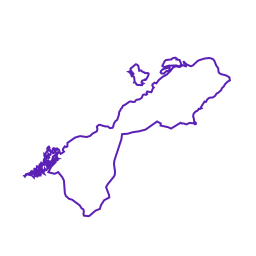 Ha Long, Quảng Ninh, Vietnam, rotated 140°
{"feature_id": "81297802B5641238333098", "entity_name": "Ha Long", "entity_type": "district", "adm_level": 2, "iso_a3": "VNM", "parent_name": "Vietnam", "parent_adm1": "Quảng Ninh", "projection": "mercator", "projection_center": [107.104, 20.974], "detail": "fine", "context": "isolated", "style": "outline", "palette": "violet", "viewbox_px": 256, "rotation_deg": 140, "n_neighbors": 0, "source": "geoboundaries", "source_scale": "gbopen_adm2", "svg_char_len": 5988}
<svg xmlns="http://www.w3.org/2000/svg" viewBox="0 0 256 256"><g transform="rotate(140 128 128)"><path d="M218.1,89.2L215.3,86.2L214.1,85.5L206.0,85.6L201.5,84.1L198.3,86.3L192.7,88.0L187.0,86.8L185.6,88.9L182.8,96.8L179.6,98.0L169.8,99.9L168.0,100.8L165.8,103.2L161.9,109.4L159.4,111.8L140.2,123.7L136.5,127.1L131.9,123.8L127.0,121.7L121.9,118.5L115.6,115.5L101.5,114.3L100.0,110.4L101.5,109.0L96.8,102.9L95.4,99.9L84.3,98.2L84.1,97.2L82.4,95.6L80.9,93.2L77.3,92.2L75.6,90.2L74.7,89.8L74.4,87.9L73.6,87.4L72.8,88.2L72.9,90.8L71.3,93.3L70.7,95.0L68.5,96.8L65.4,97.2L64.6,96.7L62.6,96.7L61.5,97.3L60.8,96.4L58.9,95.8L58.9,97.0L52.4,99.1L51.6,97.9L49.0,98.9L46.9,99.0L45.0,98.2L43.6,96.9L40.6,96.6L37.9,97.5L36.3,97.0L32.3,97.1L30.7,98.1L27.7,98.3L25.9,99.1L22.2,99.5L19.3,99.0L17.8,101.7L19.1,105.3L22.2,109.6L22.8,111.7L22.5,112.9L20.5,115.8L20.2,119.3L18.7,123.8L18.6,125.9L19.5,127.8L20.9,129.5L24.7,132.0L29.9,134.2L31.9,134.6L37.8,134.2L39.7,134.7L40.6,135.6L42.1,138.9L44.0,138.0L45.8,141.0L49.2,141.4L51.7,144.5L54.8,145.4L58.8,144.4L64.2,144.0L68.3,144.9L73.3,145.0L77.6,144.0L78.6,145.7L81.2,145.7L82.1,144.9L82.3,142.4L83.0,142.6L87.1,140.4L89.8,143.6L91.0,143.2L91.5,141.7L92.9,141.8L94.0,143.3L95.4,143.7L98.1,142.3L101.2,142.7L102.7,143.9L104.3,144.2L105.9,143.7L107.6,144.8L108.7,146.5L109.8,147.2L115.5,147.7L117.6,148.3L119.7,147.3L121.6,147.1L122.7,146.3L124.2,146.1L126.6,143.9L131.0,141.2L133.2,141.3L135.3,140.7L137.5,139.4L137.9,138.8L139.7,138.1L142.0,139.6L142.5,142.2L144.5,143.9L147.5,148.5L148.4,149.1L151.0,149.1L152.1,146.8L154.1,145.5L158.6,146.5L162.2,146.3L165.5,147.7L169.9,152.6L174.7,154.7L183.9,155.5L186.3,152.9L187.6,153.1L188.3,154.6L191.4,153.6L192.2,152.7L192.2,151.0L193.3,151.0L196.2,151.5L196.0,153.3L198.0,153.9L199.2,153.2L200.0,154.0L200.3,153.6L201.1,154.2L202.2,153.9L203.5,154.4L204.8,153.6L203.9,152.2L205.1,151.6L205.4,150.5L203.3,149.7L202.7,150.1L202.5,151.3L201.5,152.3L200.7,152.1L201.3,149.9L202.2,150.0L201.4,149.2L202.5,149.5L202.8,148.7L204.8,149.5L205.4,148.3L211.8,147.7L217.4,145.3L213.7,140.1L209.8,139.1L210.0,132.5L210.9,128.9L218.1,118.9L219.3,116.0L218.7,111.7L216.9,109.0L214.7,99.8L215.2,96.4L214.5,94.3L215.7,92.1L217.3,90.9L218.1,89.2ZM93.2,155.0L89.7,151.8L89.0,152.3L87.6,152.1L88.5,154.1L87.1,155.1L85.6,154.8L84.1,153.8L83.6,154.2L83.0,153.5L79.1,155.0L77.3,156.2L77.3,157.1L79.7,159.2L79.8,160.2L80.6,161.3L81.1,163.9L82.6,164.6L80.2,168.9L80.4,170.8L81.0,171.8L88.0,171.9L88.9,170.2L89.0,166.0L89.9,166.0L90.2,170.3L91.3,170.7L91.0,170.1L91.1,166.7L91.9,165.2L90.6,164.3L90.6,163.1L93.0,159.4L93.9,159.0L93.3,158.6L93.2,156.4L93.5,156.1L93.2,155.0ZM57.0,149.7L50.8,144.9L49.2,142.3L47.3,142.2L46.2,142.7L44.8,147.0L46.9,149.4L46.0,150.0L46.6,151.5L49.1,152.8L50.6,152.6L55.3,155.7L57.0,155.6L61.8,153.5L61.2,151.4L57.0,149.7ZM218.1,148.7L217.5,148.1L215.8,148.8L214.7,148.4L215.1,149.5L214.8,150.6L212.4,150.7L212.2,153.1L211.1,153.3L210.0,154.6L211.0,155.1L211.9,155.1L211.8,154.3L212.5,154.5L213.4,153.2L212.7,151.9L214.2,151.5L214.5,152.6L215.7,153.7L215.2,154.4L215.5,155.4L216.1,155.5L216.8,154.6L218.1,154.2L216.6,155.8L216.8,157.2L217.7,156.8L217.0,156.0L217.4,155.5L219.3,154.6L218.5,156.2L218.7,156.8L219.1,156.9L220.3,155.9L220.5,154.8L221.8,153.9L221.6,153.1L222.2,153.2L222.3,154.1L222.7,153.9L223.3,153.2L223.6,151.5L224.7,151.7L225.1,152.9L227.0,151.8L226.4,151.2L225.5,151.4L224.3,149.6L222.4,150.4L221.9,151.4L220.2,151.9L220.8,150.8L220.1,150.5L220.3,149.1L219.9,148.7L219.0,149.0L217.9,150.2L218.1,148.7ZM61.9,146.9L60.9,145.9L58.7,146.0L58.2,146.2L57.2,147.7L63.7,150.7L66.2,150.4L67.3,149.6L67.3,148.3L65.5,146.6L61.9,146.9ZM208.2,161.2L208.4,158.5L209.0,156.9L208.0,156.0L207.4,156.0L207.2,157.9L205.6,159.5L205.5,157.4L204.5,157.4L202.1,159.5L201.9,160.4L202.7,160.7L202.8,161.2L202.0,161.9L202.3,162.6L202.0,163.0L202.6,163.8L201.7,164.4L202.1,164.7L203.4,163.9L203.5,161.9L205.2,162.3L208.2,161.2ZM197.4,154.5L196.9,153.8L195.7,153.6L194.9,155.9L195.5,158.0L196.8,158.6L197.4,159.5L197.7,159.0L197.0,157.1L197.8,157.4L198.7,156.7L199.1,154.5L198.7,154.0L197.4,154.5ZM229.8,154.1L229.7,152.6L228.3,155.1L229.0,155.6L229.6,155.1L229.9,156.2L228.4,156.7L230.3,157.0L231.4,156.4L232.7,156.8L232.9,156.3L232.1,156.2L232.6,155.0L233.0,155.8L233.6,155.4L232.8,154.3L231.5,154.9L231.0,154.2L229.8,154.1ZM201.7,156.8L201.2,156.5L198.9,157.0L197.9,159.2L198.1,160.4L199.0,160.3L201.2,158.4L201.7,156.8ZM208.6,148.9L207.1,148.6L205.4,149.5L205.2,149.9L206.4,150.9L205.2,152.1L205.3,152.9L206.4,152.4L206.9,151.2L208.4,149.9L208.6,148.9ZM227.9,154.2L227.0,153.3L227.4,152.7L226.4,153.4L225.9,154.7L225.2,153.9L226.1,153.1L225.3,152.9L224.5,153.8L225.1,154.8L224.4,155.0L224.2,155.7L225.1,155.8L225.5,156.7L226.3,156.8L226.8,155.8L226.4,154.9L227.0,154.3L227.9,154.2ZM214.2,155.0L213.1,155.3L212.7,157.3L210.8,156.7L210.3,157.8L209.1,158.7L210.6,158.8L213.3,157.5L214.6,156.0L214.2,155.0ZM210.1,150.4L210.5,149.4L209.8,149.1L208.9,149.9L209.0,150.2L209.7,149.8L209.9,151.0L209.2,152.5L209.6,153.0L210.7,152.8L210.2,151.3L211.1,150.6L210.9,150.3L210.1,150.4ZM229.4,151.5L228.8,150.8L229.2,150.0L228.6,149.1L227.2,149.6L227.1,150.2L227.8,150.3L228.4,151.2L228.1,152.6L228.7,153.3L228.8,152.1L229.4,151.5ZM214.0,149.6L212.9,148.3L212.4,149.0L211.6,149.1L211.5,150.0L213.5,150.4L214.0,149.6ZM42.7,143.6L43.5,141.2L42.3,139.2L42.7,143.6ZM222.0,150.0L222.5,149.2L221.7,147.1L221.2,149.8L222.0,150.0ZM226.7,148.7L225.6,147.9L225.3,148.5L224.6,148.5L224.4,149.5L225.2,149.1L225.7,149.5L226.7,148.7ZM235.7,158.0L235.8,157.5L234.5,156.7L234.4,157.5L235.7,158.0ZM208.8,161.9L210.0,160.5L209.9,160.0L208.7,161.3L208.8,161.9ZM222.4,157.2L222.9,156.7L222.0,155.7L221.9,156.6L222.4,157.2ZM201.1,164.6L201.4,164.0L200.8,163.6L200.6,164.6L201.1,164.6ZM232.0,152.1L231.9,150.7L231.4,151.3L232.0,152.1ZM208.2,151.2L207.4,151.2L207.6,151.7L208.2,151.2ZM238.2,158.0L238.2,157.4L237.7,157.8L238.2,158.0ZM237.2,157.7L237.0,157.3L236.5,157.4L236.8,157.7L237.2,157.7Z" fill="none" stroke="#5b21b6" stroke-width="2"/></g></svg>